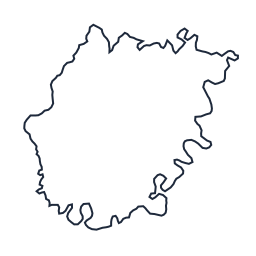 outline of Bandeirantes, Paraná, Brazil, rotated 95°
{"feature_id": "56859067B46104527016963", "entity_name": "Bandeirantes", "entity_type": "district", "adm_level": 2, "iso_a3": "BRA", "parent_name": "Brazil", "parent_adm1": "Paraná", "projection": "orthographic", "projection_center": [-50.339, -23.154], "detail": "fine", "context": "isolated", "style": "outline", "palette": "slate", "viewbox_px": 256, "rotation_deg": 95, "n_neighbors": 0, "source": "geoboundaries", "source_scale": "gbopen_adm2", "svg_char_len": 3508}
<svg xmlns="http://www.w3.org/2000/svg" viewBox="0 0 256 256"><g transform="rotate(95 128 128)"><path d="M219.3,189.1L218.3,185.4L215.9,183.0L210.2,180.5L209.0,177.2L212.4,176.8L215.2,178.5L218.0,180.2L221.4,180.9L224.6,179.3L226.8,176.2L228.7,173.2L228.3,169.6L224.8,166.5L222.5,165.2L219.8,165.5L216.6,167.6L213.9,168.3L210.4,167.8L207.6,165.7L206.7,160.3L211.4,157.7L216.0,156.0L218.6,156.2L220.8,157.4L223.7,161.1L226.0,162.7L228.2,161.5L230.5,158.9L231.9,155.1L232.0,150.5L229.6,144.7L228.8,141.2L228.0,138.7L226.8,136.3L223.0,136.6L220.3,136.4L217.5,135.5L216.6,132.7L218.9,130.8L221.4,130.0L223.5,128.8L222.3,126.8L218.9,124.8L217.5,122.1L217.0,119.2L212.4,118.3L209.6,115.7L207.7,112.6L205.4,110.9L204.6,106.0L206.3,103.8L208.4,101.8L211.4,98.5L211.4,94.1L212.4,87.0L211.3,84.9L209.1,83.1L205.7,82.8L202.1,83.4L199.2,83.1L196.9,83.6L194.5,83.6L191.7,87.3L190.9,91.3L194.7,94.8L196.6,97.5L194.8,100.6L191.3,99.2L190.6,95.4L186.7,95.3L183.9,95.3L179.6,97.3L176.4,97.5L172.4,94.4L171.3,92.0L172.5,88.6L175.0,85.6L179.2,88.0L182.3,90.2L184.6,89.9L186.6,88.1L187.8,85.6L183.5,80.3L179.9,77.8L176.7,76.7L174.3,75.4L172.4,72.7L168.6,69.2L165.8,69.2L162.7,71.7L160.9,75.5L159.2,78.3L155.9,78.9L155.2,76.4L155.9,73.9L157.0,71.8L157.9,67.7L158.4,64.2L156.3,60.8L152.5,62.2L149.5,66.0L146.6,68.2L144.2,70.2L141.3,71.1L138.4,71.1L136.3,70.2L135.1,68.1L134.3,63.8L135.5,60.1L137.4,56.7L141.3,52.0L141.6,48.2L140.2,45.4L137.6,43.6L134.7,44.6L133.6,48.2L132.3,50.3L129.8,54.3L127.0,54.7L123.9,54.5L119.4,57.0L117.9,59.2L114.8,61.8L111.0,61.8L110.1,56.3L107.6,51.3L106.2,47.5L103.8,46.2L101.3,46.1L97.4,47.0L91.6,49.5L89.6,51.1L80.8,56.6L75.4,55.6L73.5,52.3L75.4,48.3L76.6,45.1L75.6,42.1L74.2,39.4L72.8,36.7L70.2,35.8L62.7,36.2L57.4,32.6L51.8,35.3L49.1,34.4L51.4,27.7L49.1,24.6L46.3,24.8L46.0,27.5L43.1,29.7L42.2,32.6L42.9,35.0L45.9,38.5L48.0,40.8L45.2,46.2L47.5,51.4L46.3,54.3L45.5,57.5L45.2,60.6L44.1,66.5L40.8,67.6L37.1,67.8L34.3,67.0L30.6,66.9L29.4,70.0L33.1,73.6L35.1,76.3L33.3,79.5L28.7,78.2L26.1,77.0L24.0,80.3L26.7,84.1L30.6,86.8L33.5,86.5L35.1,82.3L37.9,78.6L41.6,80.8L45.2,84.0L47.3,85.2L49.3,87.1L47.0,89.5L41.8,91.3L37.3,96.5L43.0,98.2L45.2,99.7L44.4,102.2L41.1,104.3L40.7,106.7L41.6,109.8L43.9,113.5L43.9,116.8L44.9,119.2L49.2,123.2L46.7,125.6L43.8,125.4L40.2,120.8L38.9,127.4L37.7,130.2L37.1,134.0L34.4,136.8L33.5,139.5L36.3,141.9L38.9,145.0L43.0,145.3L47.3,149.5L51.8,150.6L54.1,153.1L50.5,153.3L48.1,153.9L44.2,154.5L41.0,156.7L38.2,159.9L35.1,161.8L32.2,162.7L30.7,165.4L29.6,168.1L28.2,171.5L31.0,174.7L35.4,174.9L39.7,177.4L42.7,177.4L45.3,176.1L48.1,179.5L49.7,183.8L52.6,184.0L57.4,186.1L60.7,188.7L63.7,187.6L66.6,189.2L67.6,191.8L68.4,194.3L71.9,197.2L75.4,198.1L78.7,198.8L81.3,200.6L82.1,203.0L84.2,204.1L86.1,205.8L87.8,207.4L91.5,208.6L94.8,207.7L98.2,206.2L101.6,206.3L105.5,205.6L110.1,204.7L114.0,206.2L116.8,208.9L118.0,212.6L120.9,215.1L123.1,218.4L123.6,221.3L123.8,223.8L124.0,226.2L128.6,229.6L131.8,231.3L134.8,231.4L137.4,231.3L140.1,229.7L142.9,225.5L147.1,224.2L149.7,222.1L151.7,219.7L154.2,217.5L157.2,217.7L159.6,216.0L162.0,216.8L163.6,214.7L166.0,213.4L168.7,212.9L171.7,212.1L174.2,210.6L177.0,210.2L178.1,212.7L181.4,213.5L182.6,211.4L181.6,209.1L184.2,208.2L186.8,209.9L189.5,210.9L192.1,211.1L193.1,208.2L195.5,208.6L197.0,211.5L199.0,213.5L201.0,210.6L199.8,208.3L199.1,206.0L202.3,204.3L205.8,203.4L207.0,200.5L209.6,199.5L212.4,199.5L211.2,197.3L211.0,194.6L210.7,191.2L213.1,189.6L216.6,189.8L219.3,189.1Z" fill="none" stroke="#1e293b" stroke-width="2"/></g></svg>